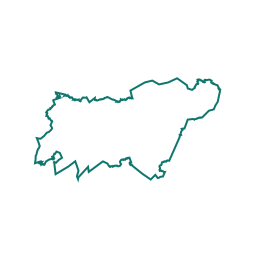 outline of Badiraguato, Sinaloa, Mexico, rotated 71°
{"feature_id": "50627088B91393089235413", "entity_name": "Badiraguato", "entity_type": "district", "adm_level": 2, "iso_a3": "MEX", "parent_name": "Mexico", "parent_adm1": "Sinaloa", "projection": "equal_earth", "projection_center": [-107.389, 25.605], "detail": "fine", "context": "isolated", "style": "outline", "palette": "teal", "viewbox_px": 256, "rotation_deg": 71, "n_neighbors": 0, "source": "geoboundaries", "source_scale": "gbopen_adm2", "svg_char_len": 5794}
<svg xmlns="http://www.w3.org/2000/svg" viewBox="0 0 256 256"><g transform="rotate(71 128 128)"><path d="M108.6,35.7L108.4,38.0L107.9,38.9L107.5,39.2L107.5,39.9L108.1,40.4L109.6,40.3L109.8,40.6L109.5,41.3L108.7,42.3L107.6,42.5L107.2,43.2L106.8,43.2L106.5,43.5L106.4,43.9L105.5,44.4L105.4,45.2L105.2,45.3L104.9,45.8L105.0,46.4L106.0,45.9L106.3,46.1L106.5,47.3L107.5,47.2L108.1,47.7L108.8,47.2L109.2,47.5L109.0,49.3L110.0,50.2L110.5,51.3L111.7,51.6L112.0,52.2L112.0,53.1L112.6,54.0L112.8,55.0L110.1,58.6L106.7,58.4L97.0,65.4L98.0,75.2L96.9,84.4L91.1,89.6L90.4,97.2L93.4,113.5L99.1,114.1L101.5,114.1L101.2,115.2L100.8,115.3L100.5,115.8L100.2,116.0L100.4,116.7L100.3,116.8L99.9,116.5L99.6,116.7L99.5,117.2L99.7,117.8L99.5,118.5L100.0,119.7L100.4,119.8L100.4,120.4L100.9,121.1L100.8,121.3L100.3,121.4L100.2,121.8L99.7,122.1L99.9,122.6L99.6,123.3L99.8,123.8L99.2,124.2L99.5,124.7L99.5,125.0L98.7,125.5L99.2,125.7L99.5,126.3L99.9,126.6L100.5,127.4L100.5,127.6L100.0,127.9L100.3,129.0L99.5,129.4L99.6,129.9L99.4,130.4L99.0,129.8L96.4,132.5L96.2,133.3L92.0,137.3L92.1,138.2L92.0,138.3L92.2,138.9L91.9,140.4L92.6,141.5L92.5,142.4L92.2,143.2L92.3,144.3L91.9,144.4L91.8,145.4L92.0,146.8L92.0,148.4L91.4,149.0L91.2,149.0L91.2,149.4L90.8,149.6L90.7,150.1L89.8,150.0L88.8,149.6L91.1,156.1L85.6,157.2L85.8,157.7L84.5,160.6L84.7,161.1L84.9,161.1L85.5,162.5L86.3,163.6L86.5,164.1L86.9,164.3L87.0,164.1L87.3,164.2L87.3,164.4L86.7,164.9L86.4,164.8L86.1,164.9L85.8,165.3L85.5,165.4L85.3,165.8L85.0,165.6L85.0,166.8L84.6,167.1L84.5,167.8L84.3,168.0L84.4,168.4L83.9,168.4L83.9,168.9L84.1,168.8L84.3,169.0L84.3,169.3L84.1,169.3L83.9,169.1L83.8,169.5L83.5,169.2L83.4,169.4L83.6,169.6L83.4,169.8L83.3,170.3L83.1,170.0L82.9,170.5L82.5,170.5L82.1,170.8L81.7,170.8L81.4,171.1L81.2,170.9L80.8,171.0L80.4,171.9L80.6,172.9L80.2,172.9L79.8,173.1L79.4,173.7L78.9,173.5L78.4,173.6L78.2,173.9L78.3,174.3L78.1,174.4L77.6,174.6L77.5,174.4L77.3,174.4L77.6,175.2L77.3,175.5L77.5,176.0L77.2,176.4L76.6,176.5L76.7,177.5L75.9,176.6L70.8,184.7L71.2,184.8L72.6,184.8L72.9,184.6L73.5,184.1L74.8,183.8L75.2,183.2L75.0,182.7L75.3,182.9L75.2,182.4L75.8,182.5L76.0,182.2L76.2,182.5L76.2,182.9L75.6,183.7L75.5,184.7L75.7,185.1L77.3,182.9L77.3,189.5L77.8,189.8L82.0,189.5L82.0,190.3L82.7,191.9L82.9,192.0L83.0,192.3L82.8,192.4L83.2,193.0L83.5,193.0L84.0,194.2L84.2,194.4L83.9,194.9L84.1,195.0L84.6,195.0L85.0,195.6L84.7,197.4L85.8,199.2L86.5,199.8L86.6,200.3L87.1,200.2L87.2,199.5L87.5,199.4L88.5,199.9L88.9,200.6L90.0,201.2L90.1,200.5L90.7,200.0L90.8,200.2L91.2,200.2L92.2,200.0L92.4,199.8L93.4,200.0L93.5,199.7L93.4,198.9L95.8,198.5L96.3,197.7L97.0,197.5L100.2,200.4L102.3,199.9L103.6,199.9L104.6,201.1L106.0,204.1L106.0,206.3L108.2,209.9L109.7,214.1L109.5,214.7L107.9,217.5L112.4,217.3L115.2,217.4L115.9,217.2L117.8,218.4L118.4,219.7L120.8,221.7L123.6,223.4L124.2,224.3L127.6,225.6L131.0,227.4L131.1,222.0L131.5,222.0L131.3,221.0L131.5,220.9L131.8,221.3L131.9,220.7L132.0,221.2L132.1,220.7L132.3,221.1L132.1,221.5L132.5,221.3L132.4,221.8L132.5,222.1L132.8,221.7L133.0,222.8L133.4,222.3L133.4,221.9L133.8,221.9L133.5,221.6L134.1,221.5L134.4,221.8L134.4,222.1L134.5,222.1L134.5,221.7L134.4,221.5L134.4,221.1L134.8,221.0L135.0,221.1L134.8,220.9L134.8,220.5L135.1,219.4L135.4,219.3L135.3,219.1L135.1,219.1L135.3,218.8L133.0,216.5L132.2,213.1L132.3,210.3L133.1,209.6L133.7,207.6L132.6,209.3L130.8,209.1L131.7,207.7L130.2,207.8L128.3,206.0L128.7,205.3L127.0,203.3L129.3,200.6L134.7,200.1L135.6,203.8L137.4,207.4L135.5,209.5L136.5,209.0L148.1,211.5L145.1,197.2L142.3,188.7L152.2,188.7L157.1,192.0L160.0,191.9L159.1,191.4L158.7,191.4L158.6,191.1L151.7,178.4L156.7,179.4L151.4,162.6L154.9,159.0L157.7,158.4L158.5,158.0L158.2,157.5L158.3,157.3L158.9,157.1L158.8,156.8L158.9,156.6L158.8,155.3L159.6,155.0L159.3,154.5L159.5,154.0L159.3,153.6L159.5,153.3L159.3,152.9L159.6,152.1L159.6,151.6L159.8,151.2L160.1,151.1L160.2,150.3L161.0,149.8L161.0,149.4L161.2,149.2L161.1,147.9L160.0,146.3L157.5,146.7L156.6,145.9L155.8,144.5L156.2,143.5L156.1,143.1L156.7,142.9L156.6,142.4L156.3,142.2L156.4,141.9L156.8,141.6L157.0,141.3L156.5,141.0L156.4,140.1L156.0,139.7L156.1,139.1L156.3,139.0L156.7,139.4L156.7,138.8L156.2,138.2L156.6,137.7L156.4,136.8L157.0,136.6L156.9,136.3L161.3,136.2L161.2,136.4L161.3,136.9L161.2,137.0L161.3,137.3L161.2,137.4L161.3,137.6L162.1,137.5L162.3,138.0L163.2,138.0L163.6,137.4L163.9,137.3L163.7,136.8L164.6,136.1L164.8,136.2L165.2,136.1L175.7,129.5L184.1,123.3L181.2,117.4L185.0,116.2L185.1,114.5L184.7,113.4L185.2,110.7L181.7,107.5L181.6,108.4L181.1,108.5L180.8,108.8L180.3,109.0L179.7,109.7L179.8,110.1L179.6,110.5L178.9,110.6L178.9,111.9L178.3,111.9L178.0,111.6L177.6,111.7L176.9,111.0L176.0,110.7L174.8,110.9L174.4,110.7L173.9,110.2L173.8,109.4L173.9,108.6L173.7,108.3L172.1,107.5L171.5,106.8L171.8,106.1L171.8,105.8L171.5,105.9L171.4,105.6L171.5,104.8L171.4,104.2L172.0,103.3L172.0,102.9L171.8,102.4L172.0,102.4L171.9,102.1L171.6,102.1L171.5,101.4L171.9,100.4L172.4,99.7L153.5,82.2L152.9,82.0L152.2,81.4L151.5,81.4L151.8,80.0L151.6,80.0L150.9,80.4L149.3,79.2L148.8,79.0L147.3,77.0L147.0,76.9L146.5,77.6L146.6,77.4L146.3,77.5L146.3,77.1L146.4,76.4L146.8,76.1L146.6,75.7L146.9,74.8L139.5,68.8L140.7,63.4L141.1,62.9L141.7,62.6L141.6,62.1L141.4,61.9L141.5,60.8L141.7,60.4L141.6,59.9L141.4,59.5L141.5,59.1L141.4,59.0L141.6,58.5L141.4,58.0L141.4,57.5L141.6,57.1L141.4,56.8L141.5,56.3L141.9,56.0L141.9,55.7L142.0,55.7L142.0,55.3L142.1,54.9L142.2,54.5L138.0,45.9L138.3,40.8L135.2,38.1L132.5,34.7L122.9,28.9L120.7,29.4L120.9,28.6L119.3,29.2L118.6,29.2L118.1,29.5L116.9,29.4L116.5,29.7L115.6,31.1L114.4,32.1L114.5,32.3L114.4,32.6L114.1,32.5L113.4,32.8L113.4,33.6L112.7,33.9L112.5,34.3L112.2,34.5L111.8,34.4L110.8,33.5L110.5,33.5L110.2,34.0L110.0,34.4L109.5,34.4L109.0,34.9L108.6,35.7Z" fill="none" stroke="#0f766e" stroke-width="2"/></g></svg>